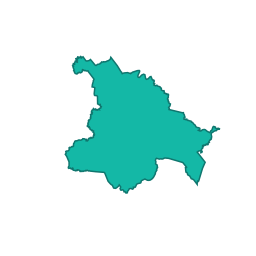 outline of Colimes, Guayas, Ecuador, rotated 232°
{"feature_id": "8360857B84939424323345", "entity_name": "Colimes", "entity_type": "district", "adm_level": 2, "iso_a3": "ECU", "parent_name": "Ecuador", "parent_adm1": "Guayas", "projection": "albers", "projection_center": [-80.099, -1.522], "detail": "fine", "context": "isolated", "style": "filled", "palette": "teal", "viewbox_px": 256, "rotation_deg": 232, "n_neighbors": 0, "source": "geoboundaries", "source_scale": "gbopen_adm2", "svg_char_len": 5846}
<svg xmlns="http://www.w3.org/2000/svg" viewBox="0 0 256 256"><g transform="rotate(232 128 128)"><path d="M106.9,82.0L98.2,79.5L94.2,79.8L92.4,80.4L89.6,79.7L88.2,80.9L87.9,82.0L88.1,85.3L88.5,86.0L86.2,86.0L85.6,85.5L85.2,84.5L83.7,84.0L83.1,84.5L82.6,85.7L81.5,86.1L80.1,85.6L79.6,86.5L78.1,86.3L77.4,87.2L77.4,87.7L78.3,88.3L78.5,89.7L79.3,91.7L78.4,93.3L77.2,93.7L76.9,94.4L77.1,95.3L78.0,95.7L76.9,97.4L78.3,100.1L78.2,101.3L77.0,103.9L77.0,104.5L78.2,106.0L78.1,106.8L77.4,109.9L74.9,111.1L73.9,112.2L73.2,113.7L73.1,116.1L73.6,118.1L75.1,121.4L76.0,122.1L77.1,124.9L77.6,124.9L78.1,125.4L78.6,126.9L79.2,126.9L79.7,127.6L81.3,128.2L82.3,127.7L82.9,127.8L84.2,129.2L85.6,129.6L86.6,131.3L86.6,131.8L84.2,133.5L83.4,135.1L82.6,135.6L82.0,137.0L82.0,137.9L81.5,138.8L79.1,141.3L67.1,149.9L61.2,150.0L61.4,149.2L61.0,149.3L60.8,148.5L58.5,147.0L57.3,146.5L56.7,147.0L55.8,146.9L54.4,146.2L52.1,147.1L49.0,146.6L48.2,147.3L46.7,147.9L41.0,147.8L42.6,149.1L42.6,149.4L42.9,149.7L42.6,149.9L42.7,150.4L43.2,150.7L42.8,151.2L50.3,161.8L53.5,167.7L66.4,167.7L66.4,169.3L65.7,170.8L65.3,171.1L64.6,171.1L63.7,170.2L63.3,171.1L63.7,171.9L65.5,172.2L66.1,173.1L66.0,174.2L66.8,174.7L66.8,175.3L67.6,175.4L67.8,175.6L67.5,176.0L68.2,176.2L67.9,177.1L67.3,177.1L67.3,178.1L66.9,178.4L67.1,178.5L67.1,178.9L66.8,178.9L67.1,179.8L66.5,180.6L66.3,180.5L66.0,181.0L65.8,180.7L65.7,180.9L66.2,181.1L66.8,182.1L66.6,183.0L67.2,182.9L67.4,183.4L68.1,185.4L67.9,185.6L67.9,186.5L68.2,186.5L68.4,187.3L69.1,187.6L69.3,188.4L72.2,189.9L72.7,191.3L72.4,192.5L72.6,193.0L72.4,194.1L72.1,195.3L71.6,195.6L71.8,197.7L70.8,199.2L71.1,199.6L72.1,199.1L73.2,197.3L74.4,196.8L75.0,197.4L76.5,196.5L76.5,195.5L74.7,192.8L74.8,191.3L74.3,190.5L74.1,189.6L76.5,188.4L79.1,187.8L79.9,187.2L80.8,185.6L80.8,183.6L81.7,182.6L82.8,182.1L82.5,183.6L82.9,184.1L83.7,184.4L84.7,183.9L85.6,183.0L87.0,182.3L89.0,182.7L90.3,182.3L92.8,182.3L93.4,181.6L94.6,181.9L96.1,180.6L96.7,180.5L97.1,179.8L98.3,179.5L98.7,179.8L99.3,179.2L99.0,178.7L99.8,178.4L100.1,177.8L100.4,177.9L100.7,177.6L101.6,178.4L101.5,179.7L102.4,179.7L103.4,180.4L105.1,180.6L106.0,181.1L106.6,180.2L117.3,171.7L118.1,172.6L119.2,172.7L119.5,174.5L120.8,176.2L122.5,175.6L123.3,176.2L123.8,176.3L124.0,176.0L124.9,176.6L125.7,176.8L125.9,177.1L126.3,176.9L126.8,177.5L127.1,177.5L127.4,178.7L128.8,179.7L129.0,180.3L129.8,180.5L130.2,179.9L131.0,179.7L131.0,179.0L132.2,179.0L133.0,178.0L134.8,179.2L135.2,178.9L135.4,179.1L136.0,178.3L137.4,177.7L138.9,178.8L139.8,178.3L140.8,178.6L143.0,177.0L143.9,177.1L144.4,175.6L145.9,174.9L146.5,175.7L146.5,176.1L147.4,175.7L148.9,177.7L149.4,177.7L149.6,177.4L150.1,177.7L150.4,177.1L151.1,176.9L154.4,177.8L154.8,177.0L154.4,174.1L155.0,172.5L156.2,172.4L159.6,174.1L160.8,173.4L161.3,171.4L160.8,168.2L161.6,167.3L162.4,167.4L163.3,168.2L165.2,171.8L166.0,172.4L166.4,172.3L167.5,170.6L169.2,165.9L169.2,163.6L169.9,163.5L170.1,162.9L171.9,161.8L173.9,158.6L174.4,156.9L176.0,157.3L176.7,157.1L183.7,157.9L194.3,158.0L193.0,156.2L193.2,153.6L193.6,153.1L193.8,151.6L194.5,150.3L195.3,149.5L195.3,148.9L196.3,147.9L195.9,146.9L196.1,146.1L195.8,145.9L196.1,144.5L196.9,143.2L196.9,141.4L197.5,140.9L198.5,140.8L205.1,140.6L205.1,138.9L206.1,136.8L207.0,136.2L211.8,136.4L211.9,134.2L212.5,134.0L212.5,134.7L212.8,134.9L213.5,134.8L213.4,133.3L215.0,132.2L214.7,131.7L213.6,131.7L214.3,130.6L213.4,130.3L213.8,130.0L214.5,130.0L214.7,129.6L213.2,129.0L212.3,129.3L211.8,128.8L210.5,128.7L213.1,127.6L212.0,125.7L211.1,125.2L211.2,124.9L212.1,125.0L212.4,124.6L211.6,123.8L211.5,123.0L210.9,123.1L210.4,122.5L210.0,122.9L209.4,122.0L207.0,121.3L206.6,120.4L205.6,120.6L204.6,120.0L203.4,120.0L202.0,121.0L202.0,122.1L202.3,122.4L201.8,123.3L202.0,123.7L201.8,124.1L200.8,124.4L200.4,125.8L201.0,127.3L201.7,127.6L202.0,128.1L201.0,128.8L200.1,128.8L199.6,129.8L198.7,130.1L197.7,131.6L197.4,131.4L187.6,131.3L187.2,131.1L186.7,129.8L186.1,129.4L184.2,126.7L182.5,125.0L180.8,126.4L180.1,126.6L176.0,122.6L174.7,121.8L174.1,121.8L172.7,123.3L171.7,123.4L165.7,118.9L164.1,119.6L163.7,120.6L163.2,120.4L163.2,119.9L162.8,120.1L161.8,119.6L161.3,120.1L160.5,118.7L161.0,117.8L160.9,116.7L160.2,116.6L161.0,116.0L160.8,115.1L161.7,114.8L161.7,114.2L162.3,114.2L162.4,113.8L162.8,113.9L162.7,113.5L163.2,113.5L163.3,112.9L164.6,112.7L164.2,112.0L163.8,111.8L164.2,110.9L163.6,110.1L163.8,109.8L163.6,109.5L163.0,108.9L162.1,109.3L161.9,108.7L161.2,108.5L161.2,108.2L161.6,108.3L161.7,106.9L161.1,106.9L160.4,105.8L159.6,105.6L159.4,104.8L158.7,104.7L158.0,102.6L158.3,102.3L158.1,102.2L158.2,101.4L157.1,100.9L157.2,100.6L156.5,99.9L156.5,99.3L155.3,99.0L155.2,98.1L154.6,97.8L154.7,97.2L154.3,97.0L152.9,98.3L152.0,98.0L152.1,97.5L151.2,97.9L150.2,97.3L149.4,97.8L148.4,97.7L148.2,98.5L147.0,98.6L146.8,98.9L146.2,98.3L146.3,97.9L145.2,98.1L143.9,97.7L144.1,97.2L143.5,96.6L143.1,96.7L143.0,95.5L142.1,95.3L141.9,94.8L142.2,93.7L142.6,93.2L143.2,93.1L142.9,92.6L143.3,92.4L143.2,91.5L143.9,91.3L143.7,89.8L142.9,88.9L142.8,88.1L143.7,87.2L144.3,88.1L144.9,88.1L145.2,87.4L146.3,87.0L147.4,85.8L147.1,85.0L147.5,83.2L148.8,82.0L149.4,79.7L150.0,79.1L150.3,77.9L149.4,76.6L149.3,75.7L147.9,74.3L147.4,74.1L147.2,73.3L147.3,72.9L147.9,72.6L148.0,70.6L148.7,70.1L148.6,69.2L147.4,68.8L146.8,67.3L146.9,66.6L147.8,65.2L147.8,64.5L146.3,63.8L145.9,62.4L143.3,62.2L137.6,60.7L134.5,58.3L134.0,57.1L133.3,56.4L132.6,56.5L132.0,57.9L130.9,57.9L130.4,58.4L130.7,59.4L130.5,59.7L130.1,59.8L129.5,58.8L128.9,59.1L128.5,58.9L127.1,60.1L126.7,60.2L126.6,61.1L126.2,61.0L125.7,61.9L125.7,62.4L126.0,62.6L125.5,63.1L123.9,63.9L123.4,63.5L122.9,64.2L122.6,64.2L122.6,64.7L121.6,66.1L121.4,66.0L120.8,67.7L120.4,68.0L120.6,68.6L120.2,69.1L119.8,69.1L119.7,69.9L118.4,70.5L118.2,71.2L117.6,71.4L113.4,75.7L107.8,81.8L106.9,82.0Z" fill="#14b8a6" stroke="#0f766e" stroke-width="1.5"/></g></svg>